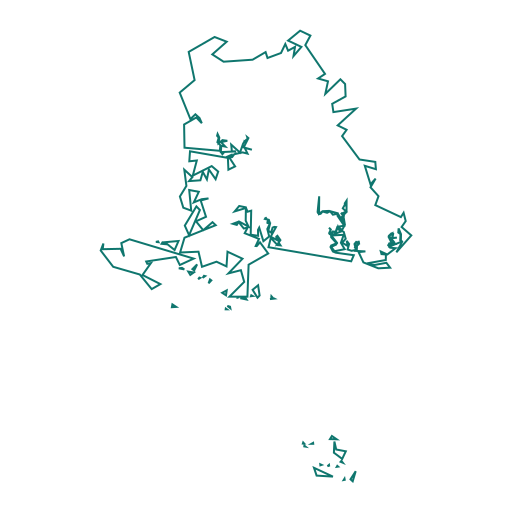 San Lorenzo, Chiriquí, Panama
{"feature_id": "35544464B69995284434654", "entity_name": "San Lorenzo", "entity_type": "district", "adm_level": 2, "iso_a3": "PAN", "parent_name": "Panama", "parent_adm1": "Chiriquí", "projection": "albers", "projection_center": [-82.13, 8.214], "detail": "fine", "context": "isolated", "style": "outline", "palette": "teal", "viewbox_px": 512, "rotation_deg": 0, "n_neighbors": 0, "source": "geoboundaries", "source_scale": "gbopen_adm2", "svg_char_len": 6140}
<svg xmlns="http://www.w3.org/2000/svg" viewBox="0 0 512 512"><path d="M370.5,184.3L364.8,165.8L375.9,169.2L375.3,161.9L359.5,159.5L342.1,136.1L346.6,129.8L337.7,125.4L356.1,108.6L333.4,112.1L332.2,103.8L345.6,96.4L345.1,84.0L340.4,79.3L325.3,93.9L328.0,81.3L318.1,78.5L325.0,73.9L305.3,45.1L310.4,35.6L300.1,30.7L288.1,40.6L301.4,46.9L293.5,56.1L295.0,46.9L288.1,50.7L285.3,44.0L281.0,53.0L267.5,58.0L265.6,52.1L252.6,59.7L223.6,61.7L212.3,54.4L226.7,41.7L214.6,37.0L188.7,51.9L194.6,80.1L179.7,92.6L190.4,119.1L195.4,114.3L199.5,118.0L201.8,123.2L196.3,117.5L184.1,124.5L184.5,147.7L219.8,150.8L220.4,145.3L217.4,142.2L218.7,137.7L217.1,135.8L217.6,134.0L219.3,137.6L218.6,143.2L222.5,140.1L227.3,140.8L221.0,142.1L225.3,146.6L221.3,145.8L220.8,152.1L231.9,151.6L231.2,144.6L240.0,152.6L243.0,143.9L244.5,141.3L247.7,138.7L247.2,137.1L248.4,138.1L243.7,147.4L251.9,149.7L244.7,147.9L247.5,153.6L242.6,152.4L234.3,154.2L232.1,157.1L229.3,157.5L235.1,166.4L228.4,169.7L227.9,157.9L190.0,151.3L189.3,161.3L196.8,160.5L192.8,175.6L211.7,166.1L218.2,171.6L215.6,179.2L208.9,169.5L206.9,179.4L202.8,171.9L200.4,180.3L189.1,181.1L192.4,177.1L184.3,169.7L186.4,185.9L179.9,196.5L183.3,207.7L191.2,210.6L189.2,190.0L198.8,191.8L193.8,202.4L201.7,199.2L208.5,198.4L200.7,200.5L206.0,216.8L196.0,221.3L203.2,230.2L212.5,222.2L215.7,225.2L184.5,237.7L180.1,252.5L198.5,251.7L202.0,266.8L216.5,261.7L226.5,266.4L227.5,251.7L242.5,258.7L228.4,273.4L240.9,270.2L244.2,281.9L229.4,296.7L247.4,296.7L248.6,264.7L268.2,253.5L260.0,242.3L256.7,246.1L255.7,246.0L259.0,238.9L244.7,233.2L247.6,227.6L243.8,228.5L238.6,222.0L236.8,224.9L232.9,223.8L239.0,221.5L248.5,226.6L245.7,220.7L245.9,208.0L234.7,211.4L239.2,206.0L245.7,207.3L247.6,211.7L251.2,210.7L250.7,234.7L258.1,235.8L258.0,229.9L259.2,227.6L263.4,241.2L269.2,236.5L267.3,229.0L269.9,223.5L267.5,223.0L267.4,222.1L268.5,219.9L265.1,219.0L265.2,218.3L266.7,217.5L265.2,218.9L268.8,219.8L270.1,223.4L268.3,230.7L271.1,232.6L272.6,227.6L274.3,226.9L276.0,227.1L270.7,236.7L279.3,241.3L276.3,237.5L276.3,236.7L277.4,235.8L280.4,240.1L277.4,244.4L279.3,243.6L280.5,245.4L277.5,245.1L270.8,237.9L268.5,247.2L351.2,261.3L353.8,255.2L335.8,252.7L332.9,251.5L330.5,247.0L331.2,245.5L336.6,243.3L331.2,237.3L331.1,235.2L340.6,231.7L338.5,229.1L337.8,226.9L335.9,231.9L334.8,232.1L332.7,231.7L331.9,233.7L329.7,234.0L329.2,233.0L330.7,229.7L329.0,227.7L330.8,229.5L329.4,233.4L330.9,233.8L332.6,231.5L335.7,231.7L337.4,226.8L344.2,225.7L337.5,215.8L337.7,213.7L332.9,214.7L330.1,211.3L327.1,212.8L322.6,211.5L320.6,213.8L319.3,214.1L318.1,213.1L317.6,212.0L319.2,196.3L319.0,213.8L322.6,211.2L329.1,210.9L337.5,213.2L343.7,222.5L341.6,217.2L343.1,215.5L341.5,213.6L342.0,213.1L342.9,213.1L343.9,214.2L343.9,212.6L346.3,211.7L342.8,208.3L344.3,205.7L345.6,205.4L344.8,204.4L344.8,203.3L346.6,200.6L346.5,212.0L343.9,214.6L341.8,213.6L343.4,215.8L344.9,224.8L341.7,230.7L343.8,232.0L345.7,238.8L342.2,242.7L347.7,246.0L346.7,240.8L349.1,244.0L347.6,249.5L351.6,250.8L356.5,249.8L355.0,247.5L356.7,246.0L355.0,246.1L354.5,244.0L356.2,241.9L358.2,242.7L358.5,243.9L358.6,240.8L359.1,243.7L358.1,244.2L356.3,242.2L354.8,244.0L357.0,245.9L356.8,249.7L353.9,250.8L365.4,251.4L358.6,252.1L363.4,262.4L378.3,268.3L390.1,267.7L386.4,262.8L374.9,264.9L369.7,264.5L368.5,263.1L385.8,260.0L385.9,254.5L381.5,254.1L380.8,251.5L387.3,254.5L395.5,248.2L390.1,247.7L388.2,245.2L389.5,243.3L393.7,243.7L391.1,241.9L388.6,236.9L388.9,235.8L391.4,233.4L392.7,233.2L393.2,233.7L392.4,238.0L396.9,237.6L392.3,238.2L392.4,233.4L389.1,236.0L394.4,242.5L393.9,243.9L393.0,244.8L389.2,243.9L389.3,246.6L401.5,241.7L400.2,240.2L400.5,234.1L398.3,232.5L398.6,228.4L401.0,234.2L400.9,240.2L402.2,241.7L396.4,252.3L411.3,235.4L401.6,227.0L405.7,221.1L403.6,212.8L400.9,217.1L375.3,205.1L378.5,196.2L370.5,187.3L375.6,178.6L370.5,184.3ZM129.5,239.3L121.3,243.1L124.1,256.4L120.6,248.8L102.7,249.2L103.4,243.5L100.7,250.5L113.2,266.8L139.8,274.5L151.7,289.1L160.4,284.1L142.5,275.0L150.9,263.1L147.3,263.8L146.2,261.5L175.9,257.0L179.8,265.0L193.7,258.6L129.5,239.3ZM199.9,210.0L196.4,206.4L184.8,225.6L189.1,235.2L199.9,210.0ZM343.7,234.8L331.3,235.5L337.0,242.8L336.1,244.6L331.2,246.9L334.5,251.2L344.7,249.2L340.9,242.8L343.7,234.8ZM178.5,241.0L164.9,242.2L174.6,250.0L178.5,241.0ZM332.9,476.6L314.0,467.8L316.6,475.6L332.9,476.6ZM334.4,441.5L333.9,452.7L342.2,458.9L345.8,451.3L336.2,449.5L334.4,441.5ZM258.1,285.3L252.6,289.8L257.5,297.7L259.6,295.5L258.1,285.3ZM352.7,481.3L355.7,471.2L350.5,479.3L352.7,481.3ZM336.7,439.3L331.9,436.0L330.0,439.1L336.7,439.3ZM176.2,306.9L172.4,304.4L171.9,307.2L176.2,306.9ZM193.7,272.5L188.3,271.6L190.3,274.9L193.7,272.5ZM197.1,264.4L192.4,269.1L194.2,270.4L197.1,264.4ZM226.0,295.3L226.7,290.4L222.2,292.8L226.0,295.3ZM228.6,157.0L232.7,154.3L227.7,156.5L228.6,157.0ZM184.3,269.4L182.0,267.9L178.8,268.3L184.3,269.4ZM208.6,283.3L211.3,280.4L210.0,279.4L208.6,283.3ZM245.9,298.6L240.3,298.2L246.5,299.5L245.9,298.6ZM202.7,277.8L205.1,276.1L204.0,275.8L202.7,277.8ZM164.7,244.1L162.4,242.5L161.6,243.8L164.7,244.1ZM338.8,228.5L341.6,229.6L339.0,227.6L338.8,228.5ZM230.0,306.7L227.4,305.9L230.3,308.2L230.0,306.7ZM235.0,151.3L232.4,151.4L235.1,151.7L235.0,151.3ZM342.8,462.7L341.4,460.9L340.6,461.8L342.8,462.7ZM223.6,152.8L221.4,152.7L222.4,154.2L223.6,152.8ZM272.7,297.7L271.4,296.2L271.3,297.0L272.7,297.7ZM198.2,279.2L200.2,277.9L199.4,277.6L198.2,279.2ZM273.7,298.3L270.0,299.1L274.3,298.6L273.7,298.3ZM336.8,466.8L338.1,466.6L337.3,465.9L336.8,466.8ZM158.1,241.4L155.9,241.9L158.5,242.2L158.1,241.4ZM320.4,465.3L321.6,464.9L320.3,464.3L320.4,465.3ZM242.2,147.5L243.4,146.4L242.9,145.5L242.2,147.5ZM311.5,443.8L313.2,443.8L313.1,442.9L311.5,443.8ZM237.5,297.7L239.1,297.2L237.5,297.1L237.5,297.7ZM327.5,466.2L329.1,465.7L329.0,464.9L327.5,466.2ZM302.9,443.5L304.1,443.5L303.2,442.5L302.9,443.5ZM252.6,296.0L251.3,295.3L251.0,296.2L252.6,296.0ZM304.3,446.4L305.5,446.6L304.4,445.7L304.3,446.4ZM225.7,309.3L226.8,309.3L225.8,308.6L225.7,309.3ZM343.7,480.0L344.7,479.8L344.5,478.7L343.7,480.0ZM245.7,142.6L244.6,141.7L244.6,142.1L245.7,142.6Z" fill="none" stroke="#0f766e" stroke-width="2"/></svg>